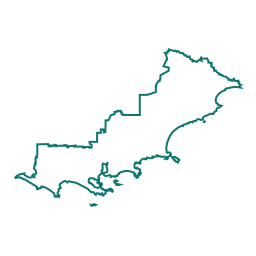 outline of Albany, Western Australia, Australia
{"feature_id": "25037944B82098291834434", "entity_name": "Albany", "entity_type": "district", "adm_level": 2, "iso_a3": "AUS", "parent_name": "Australia", "parent_adm1": "Western Australia", "projection": "albers", "projection_center": [118.161, -34.738], "detail": "fine", "context": "isolated", "style": "outline", "palette": "teal", "viewbox_px": 256, "rotation_deg": 0, "n_neighbors": 0, "source": "geoboundaries", "source_scale": "gbopen_adm2", "svg_char_len": 5849}
<svg xmlns="http://www.w3.org/2000/svg" viewBox="0 0 256 256"><path d="M37.3,144.3L37.3,154.1L37.1,155.4L36.0,156.7L36.6,157.1L36.1,157.3L36.5,157.9L35.6,158.4L35.3,159.4L35.8,161.2L35.2,162.4L35.7,162.9L35.6,164.0L35.1,164.0L35.2,164.9L34.3,165.5L34.5,166.7L33.9,168.6L35.6,170.2L36.3,173.2L34.7,174.8L33.5,174.3L32.3,175.4L32.6,176.1L34.2,176.2L34.4,177.2L32.8,176.6L30.8,177.5L29.0,177.5L24.7,175.2L24.5,174.7L24.4,173.4L18.8,174.7L15.9,176.7L15.4,177.3L15.5,178.0L19.7,177.2L24.1,179.5L24.6,179.3L36.3,186.4L37.2,187.5L36.8,188.0L37.1,189.1L38.2,189.2L39.0,188.4L41.0,188.0L41.3,186.6L41.9,186.6L41.9,187.1L42.8,186.5L46.1,187.9L49.9,190.1L54.2,193.5L54.5,195.7L55.1,196.7L55.6,196.1L56.9,196.8L57.1,195.8L57.6,195.7L59.1,196.8L59.4,195.3L58.3,195.0L57.5,193.1L58.8,190.7L58.7,188.9L60.7,188.0L59.6,185.4L59.7,184.3L64.1,181.2L65.5,181.0L67.6,182.5L68.9,181.3L76.4,182.9L87.3,188.5L91.2,192.3L92.6,192.0L93.9,192.5L94.6,193.8L95.8,194.8L96.1,193.6L96.6,193.3L99.0,193.5L99.5,194.5L101.8,193.3L101.8,194.0L102.7,194.4L102.3,195.3L103.1,195.6L103.6,195.4L103.6,194.6L105.8,193.2L105.5,191.4L105.8,190.9L106.7,191.1L106.8,190.5L111.0,190.5L111.6,191.4L113.2,192.1L112.4,191.1L112.7,190.7L112.0,189.5L110.5,188.5L107.2,190.1L104.2,189.9L103.1,188.9L102.8,189.4L102.2,189.3L101.5,188.6L100.9,186.5L100.9,184.6L101.5,183.6L100.6,183.0L99.5,183.2L98.7,182.2L98.9,180.5L97.9,180.6L98.4,181.9L97.4,182.7L99.9,184.2L99.9,186.0L99.2,187.4L97.5,188.0L94.3,186.8L93.0,184.7L91.9,184.5L91.4,183.3L89.5,183.2L89.6,182.5L88.7,182.1L88.6,181.3L89.0,179.1L90.2,178.1L93.9,178.5L94.4,179.4L94.8,179.1L97.2,180.2L98.7,179.6L99.3,178.2L98.3,177.6L98.6,176.2L100.4,174.2L102.9,173.0L101.6,171.9L101.5,170.9L101.7,170.2L102.5,169.9L102.7,167.1L102.3,165.5L102.9,163.6L106.9,165.0L107.3,163.4L106.4,162.7L107.5,163.0L107.1,165.2L106.4,166.5L107.3,169.5L107.3,171.8L105.9,172.6L103.3,172.7L102.9,173.7L104.7,175.6L106.1,176.0L110.0,175.1L110.8,175.7L110.7,177.0L113.4,176.1L115.1,176.9L115.8,175.8L116.4,176.2L117.6,175.8L117.8,174.5L119.0,173.9L118.9,173.3L120.4,172.3L125.6,170.9L129.5,171.2L133.9,172.5L135.1,174.0L134.5,174.3L135.3,175.7L137.4,175.7L137.3,177.4L136.9,177.1L136.8,177.6L137.8,177.3L138.7,175.4L139.4,174.9L138.5,173.9L138.8,172.9L140.3,171.4L139.8,170.3L140.1,169.7L139.0,168.8L138.1,168.9L137.2,167.7L136.1,168.6L134.7,167.7L134.3,165.3L135.1,162.9L135.6,162.6L136.1,163.1L136.8,162.4L138.3,163.3L139.8,163.1L140.1,163.6L140.5,163.4L139.5,162.1L141.9,159.4L144.1,158.5L144.8,159.2L145.8,158.7L146.4,159.1L147.1,157.5L150.0,158.2L152.7,158.1L153.1,157.4L152.6,156.6L155.8,156.7L157.6,154.5L157.2,155.7L158.4,156.5L159.6,156.0L161.3,156.9L164.0,156.5L165.7,157.4L165.9,158.1L165.5,158.6L166.1,158.5L166.6,159.2L167.5,158.9L167.9,158.2L167.4,156.9L171.0,155.8L170.2,154.9L170.9,154.2L170.2,152.8L168.2,152.3L167.5,152.8L166.6,152.0L166.3,147.7L167.1,142.8L169.8,136.1L173.1,131.5L177.9,127.7L180.9,126.1L183.1,125.9L183.0,125.1L184.2,124.4L186.2,124.2L187.6,123.2L188.7,123.4L188.8,122.6L190.2,122.1L191.8,121.9L192.6,122.4L193.7,120.9L195.8,121.1L196.6,119.8L198.5,119.1L202.1,120.0L202.9,119.4L202.9,117.7L205.0,115.9L207.4,115.4L210.1,113.7L213.1,114.1L213.1,113.4L214.3,112.6L214.4,111.9L216.5,110.9L216.4,109.5L217.3,108.1L219.7,107.3L221.6,105.8L217.9,104.8L217.8,103.8L216.5,103.3L215.6,100.4L216.4,97.1L218.6,94.0L222.3,91.3L225.2,90.1L225.0,89.4L226.0,88.6L232.4,87.2L236.4,86.9L240.6,87.6L239.4,86.5L239.9,85.2L240.5,85.0L239.8,84.8L239.5,83.4L238.9,83.4L239.1,81.4L238.8,82.0L237.3,81.4L237.8,80.8L234.8,80.8L234.1,80.3L234.1,78.8L233.4,79.1L233.3,80.1L232.4,80.8L231.4,80.6L231.6,80.2L230.5,79.6L229.4,79.9L229.6,79.5L227.8,78.7L227.6,78.0L225.7,76.7L223.2,76.3L222.3,75.1L220.7,75.2L220.1,74.1L219.1,74.4L218.9,73.3L217.5,72.7L215.7,70.5L214.4,70.9L213.9,70.0L214.3,68.8L213.9,67.5L213.0,67.8L211.1,66.2L211.7,64.5L211.0,63.9L211.5,62.9L208.3,62.5L208.5,61.2L207.2,58.5L202.4,58.7L201.3,57.4L200.6,58.2L201.5,60.7L199.3,59.8L196.7,62.0L195.2,61.1L193.7,61.1L193.0,61.6L192.4,61.2L193.2,60.4L192.9,60.0L190.2,59.0L189.6,56.4L187.2,57.1L186.6,56.6L186.4,55.4L184.4,55.5L184.2,54.3L183.1,53.9L182.9,53.1L179.7,52.9L179.2,51.8L177.9,51.1L176.8,51.8L175.6,50.6L174.3,51.1L168.9,49.4L168.9,51.2L167.5,51.2L167.5,52.9L164.9,52.9L166.2,55.1L167.2,59.7L166.2,60.3L163.5,66.3L168.8,67.7L168.6,70.8L160.5,75.2L160.2,79.8L159.5,80.2L159.5,81.2L158.3,81.2L156.2,84.3L156.3,86.2L155.8,86.2L155.9,92.0L147.5,94.8L139.8,94.9L139.8,115.0L123.1,115.0L123.1,114.3L121.6,114.3L121.6,112.1L120.7,112.1L120.7,110.9L117.1,110.9L116.9,111.9L114.5,111.9L114.5,114.1L110.9,115.2L108.5,120.2L104.7,120.4L105.7,120.6L105.3,132.1L104.0,132.3L103.9,130.0L103.4,130.0L103.3,129.4L100.8,129.4L100.8,132.9L97.1,132.9L97.1,141.8L89.5,141.9L89.7,143.8L91.5,144.7L91.6,147.6L89.3,147.6L89.3,147.0L85.0,147.0L85.0,147.6L83.0,147.6L83.0,146.6L75.4,146.6L75.4,145.5L73.7,146.4L73.5,145.8L68.3,146.3L68.3,147.3L67.4,147.3L67.4,145.7L65.9,145.8L65.9,145.1L64.4,145.1L64.4,145.7L56.6,145.8L56.6,146.3L55.8,146.3L55.8,144.9L54.2,144.9L54.2,145.7L52.2,145.7L52.2,146.2L51.1,146.2L51.1,145.4L49.0,145.4L49.0,146.3L48.6,146.2L48.1,144.1L37.3,144.3ZM175.9,161.7L178.0,162.5L178.3,161.1L179.2,160.5L179.3,159.8L175.1,156.9L173.7,157.3L172.9,156.8L173.2,157.3L172.4,157.5L172.4,158.2L173.7,158.8L174.1,160.3L175.3,160.4L175.9,161.7ZM95.2,205.5L95.5,206.1L95.3,205.5L96.0,204.8L93.7,204.1L92.2,205.0L95.2,205.5ZM116.4,184.9L118.9,185.0L120.1,184.6L115.8,183.7L116.5,184.4L116.4,184.9ZM114.3,181.5L117.0,181.4L117.4,181.0L115.7,180.3L114.5,180.7L114.3,181.5ZM140.6,173.9L140.9,173.3L139.9,172.6L139.8,172.9L140.6,173.9ZM204.1,122.0L204.5,122.0L204.9,121.6L204.5,121.3L204.1,122.0ZM91.4,205.3L92.1,206.6L91.8,205.5L91.4,205.3ZM134.6,175.5L134.9,176.2L135.4,176.3L135.0,175.6L134.6,175.5ZM101.8,184.2L102.1,184.5L102.7,184.1L101.8,184.2Z" fill="none" stroke="#0f766e" stroke-width="2"/></svg>